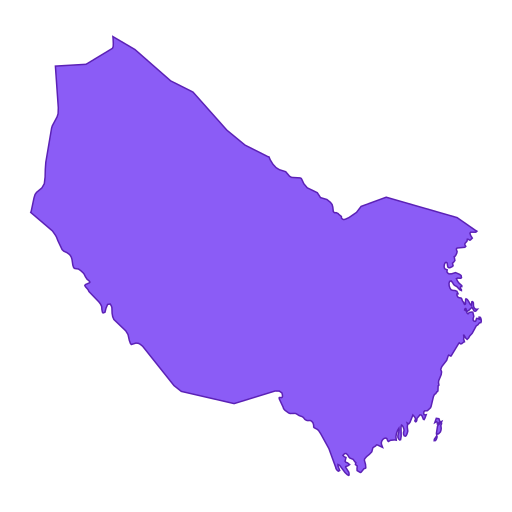 SVG path tracing the border of Västerbotten
{"feature_id": "SWE-192", "entity_name": "Västerbotten", "entity_type": "County", "adm_level": 1, "iso_a3": "SWE", "parent_name": "Sweden", "parent_adm1": "", "projection": "orthographic", "projection_center": [19.633, 64.883], "detail": "fine", "context": "isolated", "style": "filled", "palette": "violet", "viewbox_px": 512, "rotation_deg": 0, "n_neighbors": 0, "source": "natural_earth", "source_scale": "10m", "svg_char_len": 6076}
<svg xmlns="http://www.w3.org/2000/svg" viewBox="0 0 512 512"><path d="M30.7,212.4L31.2,211.3L34.0,197.9L35.1,194.4L36.6,192.3L41.9,187.9L44.3,183.7L45.1,177.0L45.3,169.3L45.8,162.3L51.6,128.1L52.3,125.8L57.1,116.8L58.1,113.7L58.3,107.8L55.4,66.1L86.0,64.3L112.5,48.3L113.2,46.5L113.3,43.5L113.1,38.7L112.9,36.6L134.9,49.5L170.7,80.9L193.0,92.1L226.9,130.2L245.0,145.1L267.8,156.6L269.0,156.9L270.2,159.8L272.9,164.2L276.0,167.6L279.4,169.7L285.7,171.7L289.5,176.2L291.6,177.4L300.0,177.9L301.2,178.4L301.8,179.4L303.8,183.7L307.2,187.8L317.3,192.7L320.5,197.6L326.9,199.5L330.4,202.3L332.1,204.5L332.8,207.1L333.3,211.6L334.5,212.7L336.3,212.7L338.2,213.6L338.5,214.1L341.4,216.5L341.5,218.1L342.6,219.2L343.8,219.6L345.4,219.2L348.9,217.6L356.5,212.4L361.1,206.4L386.2,197.2L457.1,217.6L474.9,230.0L476.9,231.2L475.8,232.2L470.7,232.2L469.9,233.2L470.6,235.4L472.3,238.1L470.5,239.9L469.9,240.2L468.0,239.2L467.3,239.2L467.2,240.2L466.9,241.3L465.0,243.4L464.8,244.8L465.8,246.3L464.8,247.3L457.3,248.0L456.5,248.5L456.4,249.7L457.1,251.5L456.8,253.1L455.7,255.4L455.0,256.3L454.2,256.6L454.9,260.5L453.7,262.1L452.5,263.2L453.1,265.8L452.1,266.7L450.0,267.7L448.9,267.8L447.9,267.1L447.5,265.6L447.3,263.8L447.0,262.8L446.0,262.3L445.1,262.9L444.4,264.4L444.1,266.5L444.5,268.3L445.3,269.1L447.2,269.8L446.9,271.9L448.0,273.3L449.1,273.9L451.6,273.8L455.5,272.6L459.5,274.3L461.1,275.5L461.5,277.6L460.8,278.3L457.6,278.1L456.4,278.6L457.5,281.1L458.9,283.0L461.8,285.6L461.8,286.6L460.8,286.6L460.3,287.4L460.5,288.5L461.4,289.6L461.4,290.5L459.8,289.8L456.7,286.5L455.1,285.7L453.8,284.7L452.5,282.5L451.1,280.9L449.6,281.4L449.0,283.4L449.2,285.9L450.0,288.2L451.1,289.8L452.9,290.4L455.0,290.5L456.9,291.3L458.1,293.8L456.9,294.0L457.0,295.4L457.8,297.0L459.0,297.7L461.0,298.0L461.6,298.6L462.6,301.2L463.3,302.0L464.2,304.0L464.8,304.5L465.4,304.1L465.6,303.3L465.4,302.6L465.2,302.6L465.6,300.8L465.6,299.4L466.0,298.8L467.3,299.5L468.6,301.4L470.1,304.1L471.3,305.3L471.9,301.7L472.5,301.6L473.1,302.2L473.4,302.8L473.5,306.2L474.2,307.9L475.2,308.9L476.2,309.3L477.5,309.2L475.9,311.0L475.0,311.3L474.0,310.8L472.3,307.9L471.8,307.4L468.9,310.3L467.1,311.4L466.3,310.0L466.1,309.0L465.7,308.5L465.2,308.6L464.8,309.1L464.6,310.0L465.9,310.5L467.1,313.1L468.0,313.8L469.4,312.4L472.0,312.0L472.8,312.3L473.0,312.9L473.8,316.3L473.1,318.6L473.2,320.2L474.0,321.1L475.2,321.4L475.8,320.9L476.4,318.8L476.8,318.3L479.5,319.2L479.0,317.2L479.9,317.1L480.6,317.8L481.1,319.2L481.3,321.2L480.9,322.6L479.4,322.9L477.9,324.8L476.3,325.8L472.2,333.3L469.7,336.0L468.6,338.0L467.1,339.4L465.7,338.1L464.4,335.8L463.5,334.6L463.9,337.1L463.6,339.7L464.0,340.1L464.5,341.8L463.5,342.2L461.7,343.7L460.7,343.9L459.7,343.3L459.3,342.8L458.9,343.1L451.2,355.8L450.9,356.1L448.7,355.1L448.2,355.8L446.7,360.3L441.8,366.6L440.7,369.4L441.6,371.9L441.2,374.6L438.7,380.7L438.4,383.4L438.6,383.1L438.9,384.9L438.8,385.4L438.2,385.7L438.1,386.4L438.0,389.4L437.9,390.9L437.5,391.6L436.7,391.9L435.8,393.6L434.4,394.5L433.4,396.7L431.1,406.4L430.5,407.8L427.4,410.7L424.6,410.9L423.9,411.8L423.7,413.8L424.2,414.7L425.2,414.9L426.2,414.7L424.9,418.2L424.1,419.6L423.4,419.3L422.0,415.9L421.1,415.0L420.0,414.8L417.0,418.4L416.8,420.3L416.3,421.5L415.6,421.8L414.8,420.9L415.4,419.4L415.3,418.1L414.6,416.9L412.9,415.0L410.0,422.3L408.7,423.9L407.2,423.0L407.6,424.2L407.3,427.0L407.8,431.1L407.4,432.7L406.8,434.4L406.1,435.7L405.4,436.2L404.2,435.8L403.6,434.5L403.5,432.8L404.0,430.6L403.9,429.2L403.3,427.3L402.4,425.6L401.5,425.1L401.0,427.1L401.2,436.1L400.6,439.7L399.7,440.0L398.7,439.0L397.9,437.3L397.9,435.7L398.8,432.0L399.1,430.0L398.9,428.2L397.7,430.1L396.5,433.3L395.9,436.9L396.3,440.2L394.8,439.9L390.5,440.3L388.4,441.5L387.7,440.8L386.9,438.7L386.5,438.3L385.3,438.1L384.0,438.5L382.8,439.5L381.9,440.8L381.3,442.8L381.5,444.4L382.6,447.4L377.5,445.0L376.5,444.9L375.6,446.0L373.3,447.4L372.8,448.0L371.8,451.8L369.4,454.3L366.7,456.5L364.6,458.9L364.4,460.4L365.5,464.3L365.8,467.7L365.6,468.2L364.0,468.7L361.1,472.2L360.3,472.5L357.1,470.6L357.0,468.5L357.2,466.9L357.0,465.7L355.4,464.6L355.8,462.5L354.9,461.9L353.2,459.4L349.8,458.0L348.9,457.0L347.6,454.8L346.1,453.5L344.6,453.6L342.9,455.4L344.3,456.8L346.0,457.5L345.1,461.2L345.9,462.3L347.6,462.9L349.6,464.6L347.7,465.9L345.7,466.5L345.5,467.0L348.8,472.2L349.0,473.3L349.1,475.0L348.5,475.4L347.2,474.6L345.0,472.5L339.7,465.4L338.0,464.5L337.9,465.7L339.7,470.5L338.3,471.2L336.9,470.0L336.0,468.6L335.8,467.6L328.9,448.6L320.8,433.9L318.8,430.8L317.4,429.4L314.2,427.7L313.7,427.1L313.6,424.9L312.9,422.7L311.5,421.1L310.2,420.5L307.6,420.6L306.4,420.3L304.9,419.4L303.4,417.5L302.1,416.6L299.2,415.6L296.0,413.6L294.9,413.4L290.1,413.5L288.7,413.0L285.0,410.3L284.0,409.2L283.5,408.4L283.1,407.1L279.4,399.2L279.1,397.9L279.4,397.5L281.7,397.6L282.2,397.2L282.5,396.3L282.4,394.8L281.9,392.9L279.3,391.1L275.1,391.0L234.1,403.6L181.3,391.4L174.0,385.6L142.6,346.2L140.1,344.2L138.3,343.3L135.9,343.1L131.3,344.5L130.4,343.4L129.3,340.3L128.0,334.5L125.8,330.9L113.9,319.5L112.7,316.7L112.1,313.3L111.9,307.6L111.3,305.8L110.2,304.0L107.6,304.4L106.0,308.2L105.0,312.2L103.4,312.9L102.8,312.8L102.4,312.1L101.9,309.5L101.7,306.9L101.5,306.1L100.4,303.9L98.8,301.8L89.0,291.6L88.0,289.6L85.6,286.9L84.8,285.6L85.4,284.6L89.4,282.8L89.9,282.2L89.8,281.8L88.7,280.5L87.2,279.4L85.4,276.7L84.2,274.2L83.2,272.9L80.7,270.6L78.4,269.0L74.8,268.5L74.1,268.1L73.5,267.2L72.8,265.0L72.0,259.5L71.3,257.2L70.2,255.3L69.1,254.2L66.9,252.6L63.8,251.2L62.1,249.6L57.9,240.7L56.5,237.1L55.5,235.3L52.5,231.0L30.7,212.4ZM438.0,425.1L439.2,424.2L441.2,421.7L441.8,421.4L441.3,422.7L441.6,423.4L441.5,424.0L441.1,424.7L440.9,425.7L441.2,428.3L441.0,430.1L440.4,431.9L438.5,433.9L437.6,433.8L436.7,434.9L436.4,433.4L437.5,426.2L438.0,425.1ZM434.8,422.6L436.3,418.3L438.9,418.7L440.0,421.6L437.0,424.5L437.5,423.5L437.0,422.1L436.3,421.7L434.8,422.6ZM437.1,436.9L436.7,438.4L436.2,439.6L435.4,440.6L434.2,440.7L434.3,439.3L436.7,435.8L436.9,436.0L437.1,436.9Z" fill="#8b5cf6" stroke="#5b21b6" stroke-width="1.5"/></svg>